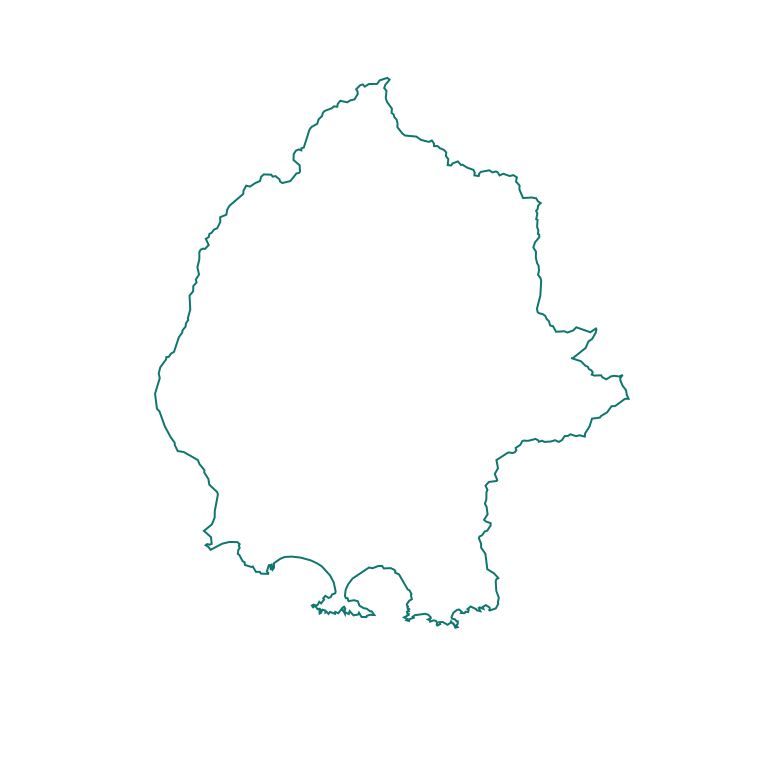 the district of Santa, Áncash, Peru, rotated 315°
{"feature_id": "86281439B85206486043179", "entity_name": "Santa", "entity_type": "district", "adm_level": 2, "iso_a3": "PER", "parent_name": "Peru", "parent_adm1": "Áncash", "projection": "orthographic", "projection_center": [-78.368, -9.004], "detail": "fine", "context": "isolated", "style": "outline", "palette": "teal", "viewbox_px": 768, "rotation_deg": 315, "n_neighbors": 0, "source": "geoboundaries", "source_scale": "gbopen_adm2", "svg_char_len": 6166}
<svg xmlns="http://www.w3.org/2000/svg" viewBox="0 0 768 768"><g transform="rotate(315 384 384)"><path d="M546.5,567.4L548.0,563.3L550.7,559.7L551.5,553.9L553.5,549.0L555.2,546.9L559.2,546.4L555.6,545.0L552.7,541.1L550.1,539.2L544.6,537.9L543.2,533.9L543.6,531.3L538.7,526.8L537.5,524.2L539.8,523.4L540.3,521.3L539.5,518.2L540.3,516.1L539.3,513.1L539.4,507.3L534.7,498.0L536.0,499.3L552.2,501.1L558.5,498.5L563.1,499.3L569.8,497.5L572.8,495.6L573.1,494.6L566.5,493.3L560.1,479.9L555.6,479.9L550.1,477.3L548.8,474.2L542.6,468.7L544.4,462.6L542.9,460.2L545.0,456.1L545.0,452.9L546.2,449.9L545.7,447.0L543.5,443.2L543.6,441.6L545.4,438.9L557.0,432.1L568.1,422.2L569.6,419.6L570.1,415.8L573.9,413.3L577.1,409.5L577.6,407.0L580.7,402.0L585.1,397.8L586.1,393.1L590.9,390.6L597.6,390.0L599.4,388.1L598.9,386.8L601.7,384.6L603.2,381.3L608.6,376.5L608.2,375.0L612.8,372.1L614.0,369.1L615.9,369.1L619.4,366.8L622.7,366.9L622.0,363.7L622.9,360.2L620.3,356.6L613.8,350.8L617.3,342.2L620.2,339.5L620.5,334.2L624.1,331.8L623.2,327.8L620.0,325.9L617.0,319.7L613.2,318.2L614.1,314.6L613.5,313.0L610.3,311.0L609.6,307.4L602.5,302.5L600.3,302.5L598.0,303.9L595.4,300.4L597.7,298.6L598.6,295.7L595.9,290.1L594.6,284.6L593.3,283.6L593.6,278.8L588.4,276.5L586.1,277.0L583.8,274.3L588.5,270.4L589.0,266.6L591.7,264.3L592.0,261.1L590.3,256.9L590.1,253.6L587.6,251.2L589.3,249.5L590.0,245.6L587.1,244.7L586.1,243.2L582.8,237.6L581.8,231.9L574.6,223.2L574.1,220.0L575.1,211.8L577.8,209.4L579.9,205.8L579.9,202.9L581.4,200.1L581.1,197.6L584.3,194.9L585.6,186.6L587.4,183.1L593.1,178.4L593.4,174.9L596.4,173.4L603.1,172.8L602.8,169.9L595.8,166.3L591.3,166.9L585.4,161.2L580.7,160.1L580.8,157.2L578.5,155.9L572.7,155.9L572.3,158.1L570.5,160.4L564.3,161.9L560.7,159.6L557.2,158.8L553.3,152.8L549.3,153.3L547.0,154.9L544.8,152.2L542.3,152.2L535.0,148.9L532.4,149.1L529.6,150.7L525.0,150.6L520.8,152.8L514.6,151.0L511.2,151.4L494.5,160.1L492.3,158.9L490.7,160.3L489.6,157.9L486.7,156.7L482.7,157.6L478.4,161.6L479.0,169.7L474.8,174.4L473.1,174.7L471.0,173.2L461.3,174.3L454.2,170.0L453.7,167.3L454.8,165.4L454.3,160.3L451.9,158.7L452.3,156.3L447.2,150.8L443.7,150.6L439.8,152.8L435.1,150.9L428.9,149.7L426.7,146.3L421.1,148.1L418.8,150.1L400.9,148.7L396.7,149.7L392.2,152.8L386.1,150.2L382.8,153.7L376.2,155.9L372.9,154.6L369.0,155.2L366.7,154.4L364.0,156.2L360.6,155.4L358.3,161.8L352.9,161.9L351.9,160.4L349.4,159.4L346.9,160.0L341.4,165.4L334.6,169.5L330.6,175.8L324.8,177.1L323.2,179.7L318.4,179.9L314.6,183.5L309.0,184.0L299.7,194.3L291.7,198.9L290.9,200.3L286.9,201.0L284.3,203.1L279.5,203.6L277.6,205.0L272.2,205.8L258.2,212.8L255.0,211.9L250.9,212.6L249.1,211.1L247.4,212.5L237.6,214.0L232.1,217.3L229.6,221.3L215.2,229.0L206.0,240.9L205.9,244.5L199.0,259.2L195.5,270.9L194.5,277.4L192.9,279.2L190.7,285.6L194.3,290.4L198.6,306.2L196.9,310.1L196.1,317.9L194.4,319.3L192.6,327.1L189.3,331.6L189.6,342.5L188.4,344.7L174.6,354.1L169.8,358.7L163.0,361.6L152.8,360.5L153.4,370.0L149.1,375.2L147.1,374.3L145.7,372.1L143.9,371.9L144.6,375.1L144.1,378.6L156.6,382.5L162.9,386.3L168.5,392.1L168.7,395.2L167.1,395.6L166.0,397.9L163.7,398.3L160.5,400.7L160.8,402.6L158.7,409.4L159.4,411.4L157.7,413.6L160.9,419.7L162.2,420.3L160.6,426.3L163.4,429.1L162.9,431.1L167.8,436.3L168.6,435.8L168.6,433.7L174.5,430.7L175.5,431.6L172.3,435.7L175.9,431.8L176.9,432.2L174.1,436.5L176.2,436.2L179.4,432.9L187.3,434.3L191.6,436.2L196.9,441.0L202.3,447.8L207.4,456.7L209.9,463.5L211.1,469.1L210.5,481.1L208.3,488.5L203.2,496.4L201.5,497.5L198.4,496.1L195.7,497.0L193.6,496.1L192.7,492.3L189.5,492.5L189.2,494.1L184.4,494.6L184.2,492.2L180.9,493.3L179.4,492.7L178.2,490.2L176.3,489.7L176.0,491.8L178.6,492.1L177.8,496.1L179.3,497.2L176.2,500.8L177.4,501.2L179.5,499.3L179.4,500.6L180.9,500.1L182.4,502.8L180.9,504.2L182.3,504.7L182.2,507.3L184.6,506.9L186.9,511.9L188.4,510.7L189.6,513.8L194.7,513.1L194.6,515.2L196.4,512.9L198.3,513.2L197.8,515.4L194.3,517.5L193.8,519.0L195.2,517.9L196.4,521.7L199.1,520.3L198.9,526.1L202.7,528.7L204.6,528.0L203.4,532.8L206.7,536.4L207.8,535.8L210.8,537.2L213.8,540.5L214.5,535.9L213.4,534.9L212.9,530.7L211.1,528.1L209.9,523.4L211.9,519.1L210.0,515.8L205.4,512.4L206.8,509.6L205.6,508.5L206.4,506.3L211.4,502.4L216.9,500.3L224.2,499.3L243.7,503.2L245.5,506.1L251.3,508.7L254.0,511.3L253.4,514.2L258.6,519.0L259.9,522.7L259.6,524.5L258.5,525.3L260.0,529.2L255.5,546.0L256.1,547.8L254.9,552.0L253.6,552.4L251.5,555.9L248.6,555.1L244.5,555.8L243.5,556.8L243.7,558.2L242.3,558.8L242.6,560.8L241.5,560.5L240.9,562.3L239.3,561.3L238.0,563.1L238.9,564.1L238.2,564.8L233.2,563.2L234.4,566.7L232.7,566.8L234.2,569.3L236.0,568.4L239.7,570.3L239.8,568.8L242.5,569.4L250.6,575.6L252.1,578.4L252.1,581.9L251.4,582.7L248.7,581.7L249.4,583.5L248.6,584.7L251.9,586.2L253.2,588.1L252.8,590.4L251.1,591.4L250.9,592.5L253.9,593.5L254.6,591.5L257.2,593.8L258.7,599.2L262.2,599.9L263.5,599.3L263.1,601.9L263.8,602.4L262.1,606.8L264.2,608.0L264.4,605.6L266.5,605.8L268.4,603.9L267.5,603.1L267.8,600.6L266.2,598.1L266.8,596.6L271.3,594.8L276.0,595.4L277.6,596.5L277.9,600.1L276.6,600.4L278.8,603.0L280.7,602.7L282.2,604.7L284.0,603.8L283.9,602.2L288.0,602.7L290.0,608.5L289.6,609.6L291.5,612.7L292.7,609.4L293.8,609.7L295.3,613.3L296.1,611.5L299.7,612.4L300.6,616.7L299.3,618.6L298.0,617.8L298.8,619.0L304.3,621.7L309.3,620.3L310.1,618.9L314.1,616.3L317.1,609.7L323.6,602.4L325.4,601.5L327.6,602.1L327.9,595.6L326.1,588.0L335.7,575.7L336.9,568.5L339.7,565.6L342.1,560.1L343.6,559.4L346.4,560.3L350.8,559.5L353.2,560.7L359.4,559.4L361.0,557.8L358.7,552.9L358.7,550.8L365.1,549.4L369.7,543.4L370.7,540.1L374.8,537.9L379.9,533.0L382.3,532.0L383.9,527.7L388.9,527.4L395.0,532.2L396.1,532.1L398.8,525.9L405.0,524.2L409.7,517.3L422.7,520.1L424.3,521.0L425.9,523.6L428.4,524.8L430.7,524.4L431.8,522.3L437.3,523.4L441.3,522.2L442.8,522.8L445.6,526.0L452.3,530.0L453.2,532.8L452.7,534.4L455.5,535.7L456.6,538.5L461.3,542.6L465.2,544.7L466.7,548.6L470.1,549.5L474.9,548.6L477.6,550.9L480.2,551.3L482.9,556.7L486.0,558.5L488.8,563.2L491.4,561.1L499.2,559.4L506.6,555.6L512.9,560.4L514.9,560.1L521.7,561.8L529.2,560.6L531.7,563.0L544.0,564.9L546.5,567.4Z" fill="none" stroke="#0f766e" stroke-width="2"/></g></svg>